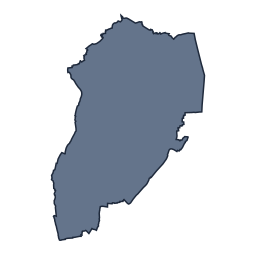 Nakhon Chai Si, Nakhon Pathom, Thailand
{"feature_id": "78962969B40906880836111", "entity_name": "Nakhon Chai Si", "entity_type": "district", "adm_level": 2, "iso_a3": "THA", "parent_name": "Thailand", "parent_adm1": "Nakhon Pathom", "projection": "robinson", "projection_center": [100.173, 13.814], "detail": "fine", "context": "isolated", "style": "filled", "palette": "slate", "viewbox_px": 256, "rotation_deg": 0, "n_neighbors": 0, "source": "geoboundaries", "source_scale": "gbopen_adm2", "svg_char_len": 5599}
<svg xmlns="http://www.w3.org/2000/svg" viewBox="0 0 256 256"><path d="M121.0,15.4L121.1,16.1L121.6,17.8L121.6,18.3L121.9,18.9L122.0,19.4L122.0,19.9L121.7,20.5L120.5,21.8L119.5,21.5L118.6,21.1L118.1,21.0L117.6,21.9L116.6,22.5L115.6,23.0L114.8,22.9L113.6,23.5L113.1,24.1L112.5,25.1L112.2,26.8L112.2,28.0L111.8,28.2L111.4,28.1L110.8,28.3L109.5,29.0L109.2,28.9L108.7,29.1L108.1,29.6L107.6,29.6L107.4,29.9L105.7,30.1L105.8,31.2L105.4,31.3L105.5,33.4L103.0,33.5L103.0,34.1L102.4,34.8L101.4,34.2L101.0,34.6L100.8,35.6L101.9,36.0L102.0,36.2L101.6,36.7L101.6,36.9L102.1,37.2L102.9,37.3L103.1,37.8L102.6,38.4L101.9,39.3L99.8,41.4L96.9,43.4L95.9,43.8L93.8,44.3L93.4,44.2L92.8,43.8L92.3,43.8L90.6,45.1L89.1,46.0L88.5,46.6L87.2,47.6L86.5,48.3L86.0,48.6L86.2,48.8L87.4,49.4L87.6,49.7L87.7,50.1L86.9,50.7L86.8,50.8L86.8,52.0L86.5,52.8L86.3,53.1L85.9,53.3L86.0,53.6L86.4,54.3L86.2,54.5L84.4,55.1L83.7,55.8L83.8,56.0L84.3,56.6L83.9,58.0L84.2,58.7L84.3,59.6L84.5,60.3L82.7,61.2L81.7,62.0L81.1,61.6L80.5,60.8L80.3,60.8L79.3,63.7L79.0,63.8L78.5,63.6L78.3,63.6L77.9,64.4L77.6,64.5L75.3,64.9L73.3,65.1L72.9,66.0L72.0,66.1L72.1,67.5L67.9,68.0L67.9,68.3L67.7,69.0L67.7,70.6L67.9,72.5L69.0,72.3L69.3,72.4L69.6,72.7L70.8,74.8L70.9,75.6L71.0,77.4L71.3,78.1L72.4,79.2L73.5,79.8L73.8,80.2L74.9,81.9L75.8,83.6L77.4,85.9L78.3,87.2L80.1,89.2L80.7,90.1L81.6,91.8L81.8,94.2L81.4,96.2L80.9,97.5L80.4,98.5L80.0,100.8L79.5,101.9L79.4,102.3L79.2,102.5L78.8,103.5L78.6,105.2L78.4,105.4L77.3,106.2L76.4,109.3L75.6,112.7L75.6,113.1L75.3,114.1L75.4,115.1L74.9,115.7L75.0,115.9L75.6,116.4L75.2,117.5L75.2,118.8L74.9,119.8L75.1,120.4L75.8,121.2L75.7,121.5L75.1,122.2L76.0,128.3L76.1,130.9L75.2,132.0L74.6,133.6L73.1,136.3L71.4,139.6L71.1,140.6L69.9,142.4L69.6,143.2L68.6,144.1L67.5,145.3L67.1,146.2L66.6,147.1L66.1,148.3L65.9,149.1L65.6,150.3L65.5,150.9L65.3,151.5L65.2,152.2L65.2,153.7L64.8,153.8L61.8,152.6L60.2,154.9L58.1,159.0L57.1,163.4L56.2,163.3L55.4,167.4L54.9,169.5L54.7,169.8L53.5,170.4L53.6,171.0L53.2,171.9L52.8,173.4L52.6,173.8L52.2,174.2L51.6,175.5L51.8,175.7L51.8,177.0L52.1,178.1L51.6,179.1L51.5,179.4L51.7,179.8L52.0,180.1L53.1,180.9L53.4,182.2L53.8,183.1L53.6,184.9L53.8,188.5L54.7,189.0L54.8,189.2L54.7,190.1L54.9,190.2L55.4,190.3L55.6,190.7L55.5,191.0L55.2,191.4L55.0,192.1L54.3,193.5L54.3,194.0L54.6,195.1L55.1,195.2L55.3,197.6L55.2,198.0L54.6,199.9L54.2,200.5L54.2,200.9L54.3,203.7L55.6,206.0L55.4,207.6L56.3,216.2L55.6,215.9L54.3,215.6L54.0,215.7L53.5,216.4L53.9,216.9L54.0,217.6L54.7,219.5L54.8,220.9L55.3,222.5L55.7,224.7L56.2,225.9L57.1,230.0L58.0,233.3L58.2,234.7L58.2,235.7L58.5,236.5L58.6,237.8L59.7,240.6L59.7,240.3L61.3,240.1L61.5,239.9L65.2,239.4L65.2,238.9L66.9,238.4L69.0,238.2L72.7,238.0L72.7,237.4L74.7,237.3L79.7,236.3L81.1,236.3L81.0,234.8L82.0,235.0L81.9,234.2L82.3,231.3L82.4,231.2L83.6,231.1L84.9,230.9L85.4,230.7L85.7,230.4L86.6,231.0L86.9,231.4L88.9,233.5L91.6,229.2L92.0,228.5L93.0,229.2L95.1,229.6L96.4,230.3L96.8,229.3L97.1,228.2L98.0,226.5L98.5,226.0L98.4,225.4L98.4,224.9L98.3,224.3L98.6,223.8L98.8,222.7L98.9,221.8L99.3,221.1L99.3,220.7L99.5,220.3L99.3,219.6L99.2,218.6L99.4,218.3L99.5,217.9L99.2,213.4L99.6,210.5L99.8,210.3L99.8,209.2L100.3,206.6L101.7,206.3L103.0,206.3L107.5,207.0L107.6,203.4L111.2,203.7L112.2,203.7L112.4,202.8L114.0,202.8L114.2,203.3L117.3,203.0L117.3,202.6L119.8,202.3L119.8,201.5L122.9,201.4L122.9,200.7L123.8,200.5L123.7,199.7L124.0,199.5L127.0,202.9L128.4,204.0L128.8,204.0L129.2,203.8L130.3,203.1L130.7,202.7L133.1,199.2L136.2,195.3L138.0,193.7L138.9,192.6L143.4,187.5L145.6,185.4L146.7,184.1L147.3,183.1L148.7,180.3L149.3,178.3L150.3,178.0L150.5,177.2L151.2,177.4L156.5,170.9L162.9,163.9L166.3,159.1L166.7,158.3L167.7,155.9L167.7,155.5L167.5,154.5L167.9,153.7L169.0,150.3L169.3,149.8L169.8,149.3L170.2,149.1L170.8,148.9L171.4,148.9L172.4,149.1L174.0,149.7L176.9,151.5L177.6,150.4L179.1,151.0L180.1,149.5L180.7,149.8L182.4,147.6L184.6,143.1L185.3,142.6L185.3,141.7L187.0,140.4L188.1,137.1L188.0,136.9L187.4,136.8L184.7,136.6L184.2,137.2L183.1,138.0L182.7,138.6L182.0,140.0L181.1,140.1L180.7,140.3L180.4,140.1L179.9,140.8L179.2,140.3L179.3,140.1L179.2,140.0L178.5,139.7L176.2,139.5L176.8,137.2L177.0,135.9L176.8,133.8L176.7,131.6L176.8,131.0L177.6,131.0L178.7,130.7L178.4,129.0L178.0,128.9L178.1,127.7L179.2,127.8L179.7,127.8L180.0,125.9L181.1,125.7L181.4,126.0L182.4,125.7L182.4,124.7L183.9,124.4L183.7,122.0L182.2,121.8L182.3,118.3L182.4,118.2L183.5,118.2L183.4,116.5L183.7,116.4L183.6,115.4L185.1,115.1L185.0,114.5L185.1,114.3L185.0,113.6L185.1,112.7L188.2,112.6L191.9,112.5L193.9,112.3L195.3,112.5L199.6,112.0L200.7,112.0L201.8,111.9L202.1,105.2L204.0,82.6L204.5,75.6L204.4,75.0L202.8,69.3L202.6,68.2L201.5,64.6L197.5,48.7L195.3,39.7L194.1,33.4L190.2,33.2L188.8,33.1L188.4,32.9L185.4,33.6L182.8,34.1L180.7,34.8L179.0,34.8L177.5,35.5L177.2,35.7L176.1,36.8L175.1,37.4L174.6,38.2L173.8,39.1L173.6,39.2L173.0,38.4L171.9,37.6L171.7,36.9L171.1,36.5L171.0,36.0L169.2,35.5L168.8,35.2L168.6,34.5L169.1,33.7L168.0,33.6L167.2,33.5L166.7,33.3L165.2,33.1L165.1,32.6L162.8,33.2L160.7,34.0L160.4,33.3L159.9,32.7L159.1,33.4L158.8,33.8L157.7,33.9L157.2,33.1L156.3,33.6L156.2,32.8L154.8,33.1L153.8,33.7L153.6,33.7L153.0,32.7L152.9,32.2L153.2,32.0L153.1,31.4L152.4,30.5L152.2,29.8L151.9,29.7L151.8,30.0L151.7,30.0L150.6,29.4L150.2,30.2L148.6,29.6L142.9,26.0L142.8,25.2L142.2,24.9L142.1,24.6L142.3,24.3L142.3,24.1L141.9,23.5L142.0,22.7L141.7,21.8L140.4,22.1L140.0,21.8L139.6,21.8L138.7,22.0L137.5,22.5L135.4,23.1L128.3,18.8L127.7,18.6L126.9,18.1L125.9,18.0L124.8,18.3L123.3,18.2L122.9,18.0L122.8,17.9L122.7,17.0L121.0,15.4Z" fill="#64748b" stroke="#1e293b" stroke-width="1.5"/></svg>